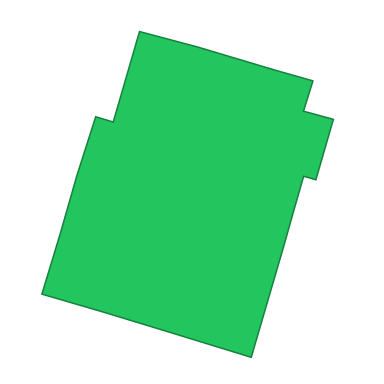 the district of Kosciusko, Indiana, United States of America, rotated 197°
{"feature_id": "52423323B75702565689180", "entity_name": "Kosciusko", "entity_type": "district", "adm_level": 2, "iso_a3": "USA", "parent_name": "United States of America", "parent_adm1": "Indiana", "projection": "mercator", "projection_center": [-85.876, 41.239], "detail": "fine", "context": "isolated", "style": "filled", "palette": "green", "viewbox_px": 384, "rotation_deg": 197, "n_neighbors": 0, "source": "geoboundaries", "source_scale": "gbopen_adm2", "svg_char_len": 400}
<svg xmlns="http://www.w3.org/2000/svg" viewBox="0 0 384 384"><g transform="rotate(197 192 192)"><path d="M77.1,239.9L78.0,302.8L109.0,301.9L108.8,333.6L148.2,332.8L229.0,332.3L289.1,330.1L287.8,235.9L306.1,235.8L306.9,173.3L306.5,152.5L305.8,112.0L305.7,50.4L243.6,51.2L180.4,51.3L87.0,51.2L88.4,167.1L89.2,202.6L89.8,239.7L77.1,239.9Z" fill="#22c55e" stroke="#15803d" stroke-width="1.5"/></g></svg>